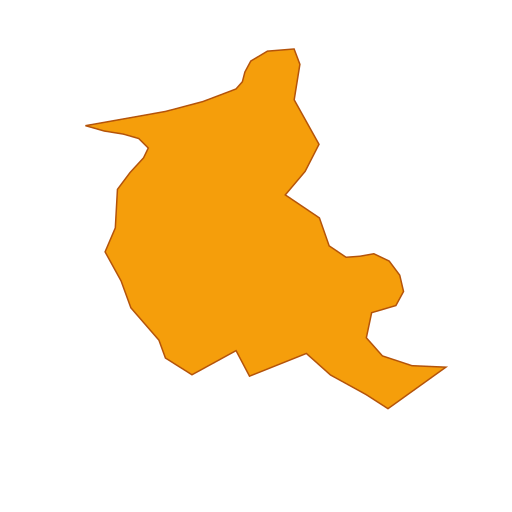 Jomala, Mercator projection, rotated 250°
{"feature_id": "ALD-4810", "entity_name": "Jomala", "entity_type": "state/province", "adm_level": 1, "iso_a3": "ALA", "parent_name": "Aland", "parent_adm1": "", "projection": "mercator", "projection_center": [19.918, 60.13], "detail": "fine", "context": "isolated", "style": "filled", "palette": "amber", "viewbox_px": 512, "rotation_deg": 250, "n_neighbors": 0, "source": "natural_earth", "source_scale": "10m", "svg_char_len": 755}
<svg xmlns="http://www.w3.org/2000/svg" viewBox="0 0 512 512"><g transform="rotate(250 256 256)"><path d="M270.1,328.6L240.5,328.2L224.0,340.2L220.2,353.7L217.8,367.5L205.7,379.4L188.8,384.5L172.2,382.5L161.6,370.5L163.2,345.3L141.4,331.7L118.9,340.6L99.6,365.0L86.6,396.4L67.4,327.8L88.2,312.0L118.7,285.3L147.2,270.0L145.3,208.8L173.9,204.9L166.3,155.2L191.1,136.0L210.1,136.0L250.1,120.7L278.7,120.7L311.5,115.6L330.5,133.4L366.0,148.6L377.5,166.2L386.7,183.9L394.3,191.7L406.5,186.0L416.0,172.9L425.3,156.2L436.8,140.3L422.8,220.4L419.3,258.9L419.8,294.3L424.4,302.8L432.7,308.5L441.0,317.8L444.6,336.8L437.5,362.6L421.1,362.8L389.7,345.3L339.4,353.4L318.7,331.1L303.4,304.4L270.1,328.6Z" fill="#f59e0b" stroke="#b45309" stroke-width="1.5"/></g></svg>